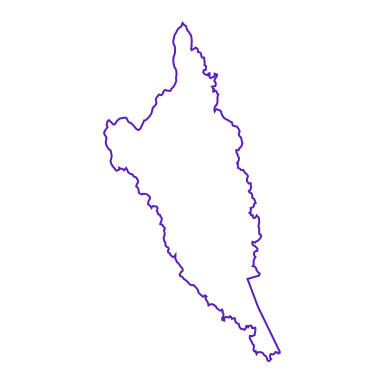 Colinas do Sul, Goiás, Brazil (Equal Earth projection)
{"feature_id": "56859067B84500730879893", "entity_name": "Colinas do Sul", "entity_type": "district", "adm_level": 2, "iso_a3": "BRA", "parent_name": "Brazil", "parent_adm1": "Goiás", "projection": "equal_earth", "projection_center": [-48.067, -13.991], "detail": "fine", "context": "isolated", "style": "outline", "palette": "violet", "viewbox_px": 384, "rotation_deg": 0, "n_neighbors": 0, "source": "geoboundaries", "source_scale": "gbopen_adm2", "svg_char_len": 5795}
<svg xmlns="http://www.w3.org/2000/svg" viewBox="0 0 384 384"><path d="M259.1,275.6L259.7,273.5L258.2,272.6L257.5,271.4L256.6,270.4L256.3,268.7L255.2,267.1L254.2,266.3L252.8,266.1L253.7,264.4L253.5,261.4L254.1,259.8L254.5,258.2L255.5,257.0L254.6,256.1L253.9,254.4L254.2,252.3L255.5,251.2L257.3,250.9L257.4,248.6L256.1,247.2L254.7,245.8L253.5,245.6L252.8,244.7L252.2,243.6L252.5,241.8L253.8,242.3L255.2,242.6L256.0,241.5L257.6,241.0L259.4,239.3L261.2,236.6L260.8,234.8L259.5,234.4L259.1,232.6L259.1,229.6L259.2,228.0L258.4,226.3L258.9,224.3L259.2,222.0L259.0,218.2L256.7,215.4L255.2,217.7L253.7,218.0L252.6,216.5L252.8,215.2L250.9,215.1L250.8,213.2L249.5,212.9L250.5,211.5L251.0,209.5L250.5,208.1L252.4,207.5L253.7,206.3L254.3,203.8L255.7,203.1L254.2,199.0L252.2,197.7L252.3,196.1L251.9,193.9L251.0,193.0L249.6,192.6L248.8,191.0L250.0,190.4L251.0,187.9L250.8,184.5L250.7,183.2L248.7,183.5L246.8,180.8L247.1,178.7L248.0,176.2L247.0,174.5L245.1,172.9L244.1,171.4L243.3,170.0L241.2,170.1L239.8,168.7L238.1,167.9L237.8,165.7L237.8,163.8L237.0,163.1L238.0,162.0L238.7,160.3L239.0,158.5L238.6,157.0L237.7,155.5L237.2,153.6L236.4,152.7L236.3,150.1L238.5,150.3L239.5,148.1L240.7,147.2L241.8,145.3L242.4,143.5L241.9,141.7L241.1,137.6L240.0,136.6L239.0,135.4L238.8,133.3L239.7,131.4L239.2,130.1L238.2,128.3L237.1,126.7L235.5,126.3L232.8,125.5L231.7,122.1L229.6,121.3L228.1,120.2L226.4,119.4L224.2,118.1L222.8,116.2L221.5,113.8L221.1,111.5L220.0,110.5L218.6,110.0L216.8,109.1L215.7,109.8L214.7,111.4L214.3,109.9L214.4,108.4L215.0,106.8L217.1,103.8L217.6,100.4L217.4,98.2L217.7,96.1L218.4,94.5L217.2,93.5L216.8,92.1L215.7,90.8L213.2,91.6L213.2,90.2L214.0,89.0L213.0,88.4L212.1,86.6L215.4,86.1L215.8,84.1L215.5,82.3L214.3,80.9L214.8,79.2L216.7,76.5L217.1,74.6L214.7,73.7L214.6,76.1L212.1,77.5L210.5,78.1L209.6,77.2L209.6,73.3L208.4,73.5L207.9,75.3L206.1,74.8L204.4,74.0L203.2,72.3L203.7,70.2L205.6,70.0L206.1,67.4L205.8,65.7L204.5,65.2L204.6,62.7L204.5,60.8L203.9,57.5L202.2,57.5L201.5,56.5L200.9,53.4L199.7,52.3L198.2,52.2L197.6,49.0L195.8,47.6L193.1,49.4L191.6,50.1L191.1,48.8L191.7,45.6L191.5,43.9L191.8,41.7L191.5,37.9L191.0,35.3L188.6,31.7L187.5,30.5L186.6,28.4L186.2,26.3L184.1,24.9L182.6,23.0L181.9,24.6L181.6,26.1L178.9,28.1L177.8,29.3L176.3,32.2L174.5,35.2L173.2,41.5L173.4,43.1L174.8,46.6L175.1,49.2L175.0,52.4L174.3,55.1L173.4,57.8L173.3,59.9L173.5,62.9L174.0,65.5L174.4,66.8L175.8,69.4L176.4,71.6L176.6,74.2L176.0,77.7L176.3,81.0L173.9,86.4L171.5,88.7L170.4,90.8L167.8,90.8L165.2,90.0L163.8,90.9L162.5,94.1L161.2,95.2L159.0,94.5L157.0,97.0L156.3,98.0L155.8,99.8L156.4,102.8L155.9,104.6L152.7,108.0L151.8,112.2L151.4,113.4L150.3,115.2L149.2,116.7L147.8,118.2L146.7,119.3L145.7,120.2L144.1,120.4L143.7,121.7L140.3,128.7L138.5,130.1L136.4,129.0L134.5,126.7L131.1,123.1L129.2,122.4L128.3,121.7L126.5,118.1L125.1,117.6L123.3,117.9L119.9,118.5L117.7,120.2L116.9,121.1L115.1,124.0L113.6,124.6L108.9,120.1L107.5,121.4L106.6,124.6L107.6,127.1L105.3,130.2L104.1,132.4L104.5,134.6L105.6,136.1L106.5,137.5L106.1,140.0L105.8,141.7L105.9,143.7L106.4,145.2L107.1,146.5L108.1,148.3L109.1,149.4L110.4,150.1L111.0,152.0L111.5,154.5L111.6,156.1L111.4,157.9L110.6,160.4L110.8,162.7L111.5,164.2L112.8,166.4L114.0,167.7L115.2,169.4L116.4,170.7L117.7,170.3L119.0,169.6L119.2,167.7L120.6,168.7L122.3,168.8L124.0,170.3L124.8,169.3L126.2,168.0L127.2,169.9L128.1,172.2L129.5,173.3L130.7,174.1L132.0,174.1L132.9,175.0L133.5,176.1L134.3,176.9L135.8,177.2L137.3,179.0L138.0,181.1L137.8,182.8L136.9,184.1L136.2,186.4L137.9,187.9L138.5,189.5L138.9,192.8L140.2,193.7L142.0,194.5L143.0,193.8L144.8,193.8L146.0,194.1L147.1,194.5L148.5,195.5L149.9,196.9L150.0,198.5L149.2,199.8L148.6,201.0L148.3,202.5L148.0,204.2L149.7,205.5L150.5,206.4L151.5,207.9L152.0,206.6L153.3,206.0L155.0,206.5L156.2,206.4L157.2,207.2L157.5,208.8L156.7,210.9L157.8,212.5L158.3,214.4L159.9,214.8L160.5,216.5L161.3,217.4L161.9,218.9L161.3,221.2L160.4,223.0L160.3,224.3L162.1,224.5L163.1,226.3L164.2,227.2L164.9,228.4L164.0,230.2L164.6,232.9L164.5,235.8L163.5,237.7L163.9,239.0L164.1,240.6L165.1,242.0L165.4,243.3L165.5,245.6L166.6,246.8L168.3,247.5L168.8,249.2L167.8,250.9L168.3,252.5L170.0,253.4L170.4,255.0L171.5,255.8L173.0,257.1L174.3,256.7L175.4,255.0L175.3,258.5L176.3,260.6L176.9,262.0L178.5,263.5L180.1,265.7L181.0,267.1L182.2,268.0L182.7,269.3L182.6,270.9L181.3,271.8L180.5,273.2L179.6,274.6L180.3,276.1L181.8,276.6L182.7,277.4L183.9,279.0L185.2,279.8L186.2,280.7L187.4,281.6L188.7,283.1L189.5,284.2L191.3,285.1L193.7,285.1L196.1,287.6L197.6,289.6L198.2,290.8L198.6,292.9L200.7,294.7L202.8,296.7L204.0,296.2L205.1,295.3L206.5,296.5L205.7,297.4L205.6,298.8L206.1,300.0L207.3,301.3L208.0,303.3L208.5,305.4L209.8,304.5L211.8,304.1L213.7,304.7L216.0,306.6L216.8,308.3L218.1,309.1L219.0,309.8L219.9,310.6L221.1,310.5L221.9,309.6L222.7,310.7L222.6,312.2L223.5,314.1L223.4,315.9L222.7,317.4L222.1,318.5L222.5,320.2L224.3,320.6L224.2,318.5L225.5,317.0L227.5,317.1L229.1,317.6L230.1,316.2L231.4,317.4L232.0,318.9L233.3,318.4L234.7,318.2L235.2,320.1L235.4,321.7L237.0,323.3L238.7,323.9L239.0,325.5L239.7,327.3L241.1,328.8L242.2,329.2L243.4,329.1L244.6,329.8L245.5,328.7L246.1,327.4L246.3,326.0L247.4,326.0L248.1,327.2L249.3,325.8L251.3,325.6L252.1,328.0L253.1,328.3L254.1,327.7L255.2,327.7L255.5,329.8L254.9,332.8L254.6,335.1L253.0,335.7L252.0,336.1L249.9,335.9L249.7,337.9L250.6,339.9L251.8,341.9L252.4,343.7L254.0,345.4L253.7,347.7L253.5,350.2L254.2,351.4L255.6,351.0L256.5,354.0L257.5,352.4L258.8,352.1L260.2,352.1L261.3,352.4L263.0,353.2L264.3,355.3L266.0,356.3L266.8,357.7L267.2,359.5L268.0,360.9L269.0,361.0L270.3,360.0L271.2,358.9L270.1,357.8L270.0,355.4L270.8,354.0L272.4,354.5L274.0,354.0L275.4,352.1L277.2,352.4L278.1,353.4L279.5,353.2L279.9,352.0L258.6,308.1L257.9,306.6L247.5,278.9L259.1,275.6Z" fill="none" stroke="#5b21b6" stroke-width="2"/></svg>